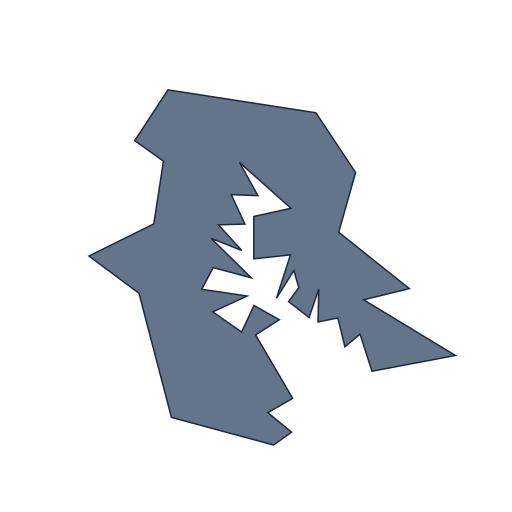 map outline of Quinara (Albers equal-area conic projection), rotated 252°
{"feature_id": "GNB-773", "entity_name": "Quinara", "entity_type": "Region", "adm_level": 1, "iso_a3": "GNB", "parent_name": "Guinea-Bissau", "parent_adm1": "", "projection": "albers", "projection_center": [-15.226, 11.637], "detail": "coarse", "context": "isolated", "style": "filled", "palette": "slate", "viewbox_px": 512, "rotation_deg": 252, "n_neighbors": 0, "source": "natural_earth", "source_scale": "10m", "svg_char_len": 755}
<svg xmlns="http://www.w3.org/2000/svg" viewBox="0 0 512 512"><g transform="rotate(252 256 256)"><path d="M181.1,231.2L109.3,246.9L103.4,218.8L77.5,235.4L70.8,214.3L128.6,125.7L256.7,133.2L307.6,97.1L318.1,168.7L374.8,197.3L403.2,176.3L441.2,223.6L373.7,357.2L304.6,376.5L253.0,342.0L177.6,391.7L181.1,344.8L99.8,414.9L110.6,330.7L149.5,330.8L142.2,312.5L171.8,314.7L174.1,294.6L205.0,305.4L181.1,287.5L202.5,272.9L212.7,286.9L230.5,287.5L209.5,262.4L246.4,289.1L254.0,253.0L294.3,266.1L290.6,304.0L350.1,269.2L312.8,276.5L322.0,251.4L289.8,255.3L297.2,229.9L265.6,244.2L286.6,218.8L236.7,244.7L258.2,211.7L241.1,194.1L220.7,235.2L216.2,197.6L188.2,218.8L209.5,238.8L188.2,258.5L181.1,231.2Z" fill="#64748b" stroke="#1e293b" stroke-width="1.5"/></g></svg>